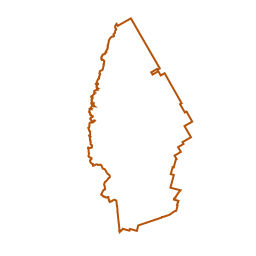 the district of Kalamunda, Western Australia, Australia, rotated 240°
{"feature_id": "25037944B74850979375149", "entity_name": "Kalamunda", "entity_type": "district", "adm_level": 2, "iso_a3": "AUS", "parent_name": "Australia", "parent_adm1": "Western Australia", "projection": "albers", "projection_center": [116.154, -32.004], "detail": "fine", "context": "isolated", "style": "outline", "palette": "amber", "viewbox_px": 256, "rotation_deg": 240, "n_neighbors": 0, "source": "geoboundaries", "source_scale": "gbopen_adm2", "svg_char_len": 5775}
<svg xmlns="http://www.w3.org/2000/svg" viewBox="0 0 256 256"><g transform="rotate(240 128 128)"><path d="M221.5,185.3L221.6,170.2L223.9,170.2L223.6,169.3L222.7,168.0L221.9,167.3L221.4,167.3L221.1,167.3L220.4,167.0L219.8,167.3L219.4,167.2L219.2,167.0L219.1,166.2L218.9,165.9L218.3,165.3L216.9,164.2L216.9,163.8L216.5,162.9L216.5,162.4L215.6,162.0L215.0,162.0L214.6,161.8L214.5,161.0L215.0,160.1L215.1,158.8L214.8,157.7L213.9,156.0L213.1,154.9L211.9,154.1L211.6,153.8L210.9,153.3L209.9,151.8L209.2,151.7L208.7,151.1L208.4,151.1L208.3,150.9L207.8,150.8L207.5,150.4L207.0,150.0L206.9,149.7L206.7,149.7L206.4,149.4L206.1,148.4L205.6,148.0L205.7,147.7L205.0,147.1L205.0,146.8L204.8,146.8L204.8,146.6L204.6,146.5L204.4,146.6L204.4,146.1L204.1,145.6L203.7,145.3L203.7,145.2L203.9,145.0L203.9,144.7L204.1,144.6L203.8,143.9L204.2,142.9L203.9,142.7L203.8,142.3L203.7,142.2L203.7,141.8L203.0,141.3L202.9,140.8L202.7,140.7L202.6,140.2L202.2,140.0L201.7,139.9L201.3,139.5L200.9,139.6L200.5,139.3L200.3,139.4L200.1,139.4L200.1,140.0L199.8,140.0L199.6,140.3L199.2,140.5L198.8,140.8L198.4,140.8L197.8,140.6L197.7,140.7L197.7,140.8L197.2,140.7L196.9,140.1L196.4,139.9L195.7,139.3L195.7,139.0L195.2,138.8L195.0,138.3L194.7,138.2L194.4,138.3L194.1,138.2L193.5,137.3L192.4,136.5L192.1,135.8L191.6,135.4L191.3,135.4L191.1,135.2L191.0,134.2L191.3,132.8L191.3,132.5L191.2,132.1L190.8,131.6L189.9,131.0L189.7,130.6L189.4,130.7L189.2,130.9L188.8,131.0L188.4,130.6L188.1,130.5L187.7,129.6L186.4,128.1L186.1,127.9L185.9,128.0L185.8,127.7L185.4,127.6L185.3,127.3L185.1,127.1L185.3,126.6L184.5,125.4L184.1,125.0L183.5,123.9L182.9,123.6L181.9,123.9L181.4,123.9L180.8,124.8L180.9,124.3L181.3,123.6L181.7,123.6L182.2,123.1L182.3,122.5L182.4,122.4L182.4,122.2L182.2,122.1L180.9,122.4L180.7,122.6L180.2,122.5L179.7,121.9L179.6,121.5L179.4,121.2L178.4,121.1L178.0,121.2L177.9,121.5L177.7,121.6L177.8,121.4L177.8,121.2L177.5,120.6L177.2,120.3L176.9,120.5L176.9,120.3L176.5,120.4L176.7,120.0L176.7,119.8L176.8,119.7L176.6,119.2L177.0,117.8L176.9,117.2L175.6,116.7L175.0,117.0L175.1,116.5L175.0,115.8L174.6,115.4L174.3,115.5L174.3,115.1L174.1,114.9L173.8,114.9L174.0,114.8L174.1,114.3L173.5,113.2L173.1,113.0L173.4,112.5L173.7,112.3L173.6,112.2L173.6,111.9L173.3,111.6L172.5,111.7L172.1,112.0L171.9,112.2L171.5,112.3L171.1,111.5L171.1,111.0L170.6,110.3L169.9,110.3L168.3,109.9L167.9,110.0L168.3,109.2L168.2,108.8L167.5,108.5L167.1,108.4L166.1,109.1L165.5,109.1L165.5,109.3L165.6,109.8L165.5,109.7L165.0,109.8L164.8,109.6L164.5,109.4L163.4,109.9L163.8,109.3L163.9,109.0L164.5,108.9L165.0,109.1L164.9,108.6L165.2,108.3L165.3,108.2L164.6,106.7L163.9,105.9L163.2,105.6L163.0,105.8L163.0,105.5L162.7,105.5L163.0,105.1L163.1,104.7L163.7,105.0L163.8,104.9L163.9,104.5L163.8,104.2L163.3,104.3L162.2,103.3L162.0,102.8L161.2,102.3L160.6,102.3L160.3,102.8L158.7,101.9L158.4,101.9L158.1,102.5L157.6,102.6L157.2,102.5L156.0,103.0L156.0,103.3L155.4,103.2L155.4,102.1L155.7,101.9L155.8,101.6L155.6,101.3L155.4,100.5L154.9,99.8L154.0,100.2L153.7,100.0L152.4,100.2L152.1,100.2L151.8,100.4L151.4,100.8L151.2,102.2L151.1,102.4L151.0,102.2L150.9,102.3L150.9,102.5L151.2,102.7L150.9,102.9L150.8,102.5L150.7,102.2L150.8,102.1L150.7,101.6L150.1,101.5L150.3,101.5L150.5,101.4L150.4,100.6L150.6,100.2L150.7,99.4L151.1,99.2L151.4,98.8L151.7,97.7L151.4,97.1L151.0,97.0L150.4,96.3L149.6,95.8L149.1,95.8L148.2,94.7L147.8,94.4L147.9,93.6L146.3,93.4L145.2,93.0L144.8,93.1L144.6,93.4L143.8,93.5L143.6,93.3L143.4,93.0L142.6,92.7L141.3,92.1L140.9,91.4L141.1,90.9L140.9,90.5L140.7,90.5L140.2,90.4L140.1,90.6L140.1,90.9L139.3,91.3L138.1,89.8L137.1,89.3L136.5,89.4L136.3,89.4L136.3,89.1L136.0,88.8L134.6,88.7L134.0,88.5L133.4,87.9L132.6,87.5L132.2,87.5L131.7,88.0L131.4,88.1L130.9,88.0L130.2,87.5L129.6,87.3L129.4,87.2L129.1,86.6L129.4,86.3L129.6,85.9L129.6,85.3L129.8,84.8L130.9,84.0L131.0,83.6L130.6,83.3L130.0,83.5L129.6,83.4L128.6,82.8L126.7,81.8L125.5,81.5L124.9,81.0L124.1,80.2L123.4,79.7L122.7,79.7L122.6,79.9L121.7,80.2L120.6,81.1L120.0,81.3L119.6,81.1L119.3,80.7L119.0,78.9L118.2,78.5L115.8,78.5L115.0,79.0L114.8,79.4L114.6,79.6L112.9,78.8L112.4,80.2L112.5,81.0L112.4,82.4L112.0,82.9L111.3,83.3L110.9,83.7L110.4,84.7L110.5,84.9L109.9,85.8L109.7,86.0L108.6,86.3L108.1,86.1L107.5,86.2L106.6,85.9L105.3,86.0L105.0,86.2L104.3,87.0L103.7,87.3L101.3,87.4L100.1,87.2L98.1,87.6L97.7,87.8L97.4,87.8L96.4,88.4L96.1,88.4L95.0,88.0L94.3,87.4L94.2,87.1L94.3,86.3L94.2,85.4L93.6,84.7L93.4,84.2L93.2,83.1L92.7,82.2L92.7,81.6L92.8,81.0L92.7,80.8L92.2,80.4L91.4,79.3L90.6,78.9L89.1,78.7L88.9,78.5L88.5,78.4L87.8,78.0L87.3,78.0L86.8,77.4L86.3,77.3L86.3,76.7L86.5,76.1L86.4,75.6L86.1,75.1L85.3,73.7L84.6,72.8L84.2,71.9L83.8,71.7L83.6,71.5L83.2,71.5L82.6,72.2L81.7,72.2L81.3,72.4L81.0,72.4L81.0,72.8L80.4,73.0L79.9,73.8L79.3,73.8L79.3,74.0L78.8,74.2L78.4,75.0L78.4,75.6L78.3,76.3L78.1,76.5L77.5,76.1L77.1,76.1L76.8,75.8L74.6,75.3L74.6,75.6L73.1,75.3L72.8,76.5L72.8,78.3L72.9,79.4L72.9,79.9L72.6,80.4L71.0,81.6L65.9,79.4L65.8,79.5L61.8,77.7L61.1,77.3L61.1,77.1L58.3,76.0L57.7,75.7L43.8,69.6L43.7,69.4L43.6,69.6L42.1,68.9L42.7,71.4L42.8,72.5L43.3,73.1L38.4,77.9L39.6,79.2L34.5,84.2L38.5,88.2L33.6,112.5L34.0,112.9L33.6,113.7L33.3,114.4L32.2,119.9L32.1,121.2L32.6,125.8L32.5,127.4L32.2,128.4L36.1,132.2L36.6,131.8L38.8,134.0L38.6,134.2L39.7,135.3L43.0,132.0L43.7,132.7L43.8,133.4L44.0,133.2L44.4,134.6L47.2,140.4L47.8,142.3L55.1,134.9L64.4,144.2L66.7,141.9L71.2,146.6L71.8,147.1L71.0,147.9L76.7,153.6L76.7,154.5L80.8,154.5L80.8,158.0L80.9,161.8L86.4,161.8L86.4,168.1L88.5,168.1L88.5,177.9L101.4,177.9L101.4,183.9L101.3,184.1L101.4,184.3L101.4,186.8L113.0,186.9L113.0,185.0L122.6,185.0L122.6,186.8L157.1,187.1L157.1,182.6L162.0,182.6L162.0,176.0L164.6,176.0L164.6,182.6L163.7,182.6L163.7,185.3L221.5,185.3Z" fill="none" stroke="#b45309" stroke-width="2"/></g></svg>